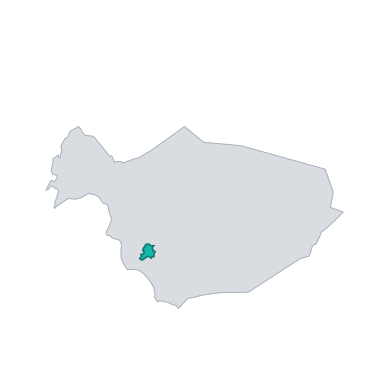 Damagaram Takaya, Zinder, Niger (highlighted), rotated 54°
{"feature_id": "23599985B91194911882215", "entity_name": "Damagaram Takaya", "entity_type": "district", "adm_level": 2, "iso_a3": "NER", "parent_name": "Niger", "parent_adm1": "Zinder", "projection": "equal_earth", "projection_center": [9.461, 14.063], "detail": "fine", "context": "in_parent", "style": "filled", "palette": "teal", "viewbox_px": 384, "rotation_deg": 54, "n_neighbors": 0, "source": "geoboundaries", "source_scale": "gbopen_adm2", "svg_char_len": 4102}
<svg xmlns="http://www.w3.org/2000/svg" viewBox="0 0 384 384"><g transform="rotate(54 192 192)"><path d="M278.1,271.4L275.3,271.5L273.7,272.1L271.7,274.1L269.5,274.9L266.8,276.7L265.1,278.1L263.5,279.3L261.3,282.0L260.5,284.1L258.3,284.5L255.2,284.2L253.2,282.1L248.6,279.9L245.7,279.0L244.3,278.7L237.3,278.3L229.9,279.2L226.1,280.2L225.4,280.4L223.2,281.8L221.5,283.2L216.6,290.0L210.2,289.7L206.5,289.0L203.3,287.9L198.7,284.8L193.2,280.0L191.0,279.3L189.1,279.0L188.5,279.0L181.8,283.8L180.5,283.7L179.0,284.2L177.9,285.4L177.2,286.0L176.4,286.1L175.3,285.9L174.3,285.1L173.3,283.8L170.5,278.5L170.0,277.5L168.8,276.0L166.9,273.5L165.5,272.4L164.7,272.1L163.8,272.3L158.4,270.2L153.1,267.9L151.9,268.2L151.1,268.7L149.3,270.3L147.1,270.6L144.3,270.5L142.8,270.3L140.4,270.8L138.7,271.5L136.6,272.6L133.8,275.6L133.0,276.0L132.4,276.5L131.4,284.9L130.6,287.4L129.2,290.7L126.4,293.9L124.5,295.8L124.4,298.4L124.2,302.6L124.2,305.5L124.3,307.4L124.0,308.3L123.8,309.2L123.9,310.4L124.4,311.0L124.6,311.8L124.4,312.4L123.5,313.1L122.6,311.2L121.3,309.9L119.9,309.3L119.0,308.3L118.5,307.0L116.7,304.4L112.6,299.2L112.1,299.0L111.5,298.8L110.3,299.5L109.5,300.3L109.0,300.6L108.2,300.7L106.2,301.3L104.6,302.2L104.6,302.9L105.3,306.8L104.9,309.0L104.2,307.9L102.0,304.0L100.4,301.0L100.1,300.4L99.9,299.4L100.1,298.9L100.7,298.6L102.2,298.2L102.4,297.9L102.5,297.1L102.3,295.6L101.5,293.6L100.7,292.2L100.2,292.0L99.4,291.9L98.4,292.1L96.6,293.8L95.8,294.1L94.0,293.9L92.4,293.6L91.4,292.8L88.5,289.5L85.2,286.0L83.9,285.5L83.5,285.2L83.4,282.5L83.5,279.3L83.6,278.5L85.0,279.0L86.4,279.2L86.9,278.6L85.8,277.5L84.1,276.3L83.5,274.6L83.1,274.0L82.3,273.4L81.5,273.0L80.6,272.6L80.0,272.0L79.0,271.8L78.0,271.4L76.6,268.6L75.2,265.9L74.4,263.7L74.1,262.4L74.6,260.2L74.1,259.3L72.6,257.1L71.3,255.0L71.6,251.8L72.0,249.1L72.0,247.4L72.2,246.4L72.4,245.4L73.3,245.0L75.5,245.1L79.9,245.6L83.5,245.0L83.6,244.9L86.2,242.0L89.0,239.0L93.1,238.7L97.5,238.4L101.1,238.2L106.2,238.0L110.3,237.8L115.1,237.6L115.2,236.2L115.5,235.8L116.0,235.8L119.5,236.5L122.8,237.3L123.1,234.6L126.0,231.4L127.7,230.7L128.1,230.1L128.6,229.0L128.9,227.3L129.1,226.1L129.7,225.1L130.2,223.3L130.8,220.0L132.5,216.6L133.4,212.0L133.6,207.6L133.8,204.2L134.3,203.5L134.4,197.5L134.4,191.5L134.5,186.4L134.5,180.0L134.6,174.5L134.6,168.5L134.6,163.1L134.7,159.5L138.0,158.7L141.4,157.8L146.5,156.5L151.9,155.1L157.8,153.6L159.2,152.7L163.7,147.5L165.7,145.2L169.8,140.6L172.9,137.0L176.8,132.5L181.0,127.9L184.3,124.3L189.5,120.2L197.4,114.0L205.2,107.8L213.0,101.6L220.8,95.5L228.6,89.3L236.3,83.2L244.1,77.0L251.8,70.9L259.6,73.2L267.1,75.4L274.6,77.7L276.4,78.9L280.4,83.3L285.5,88.9L285.7,89.0L286.0,89.0L290.8,85.7L297.1,81.4L298.9,93.0L300.3,103.0L300.5,109.4L300.6,111.1L301.1,112.2L302.3,113.4L307.2,122.6L306.2,124.3L306.9,127.1L308.2,128.4L312.2,133.9L312.7,135.0L312.5,135.9L309.9,142.4L309.4,144.0L309.0,152.3L308.7,158.2L308.2,166.3L307.7,176.0L307.3,184.2L306.7,195.0L306.2,205.3L302.2,210.9L295.2,221.0L289.5,229.1L286.6,234.6L281.0,245.3L278.5,252.3L276.6,255.9L275.6,257.4L276.5,262.5L278.1,271.4Z" fill="#d9dde1" stroke="#a8b0b8" stroke-width="1"/><path d="M210.2,266.2L211.3,266.1L211.8,265.4L212.2,266.0L212.3,266.4L213.2,266.4L213.4,266.9L213.5,267.8L213.0,268.6L212.7,269.5L212.4,269.8L212.7,270.3L214.1,270.4L214.4,270.7L214.5,271.0L214.5,271.8L214.9,272.3L215.0,273.4L215.5,273.4L215.7,273.2L216.7,273.2L217.9,272.1L218.0,271.6L217.9,268.7L218.0,268.2L218.1,267.1L218.0,266.7L217.9,266.2L218.4,265.1L218.5,264.9L219.0,264.7L220.1,264.4L221.6,264.0L221.6,263.7L221.1,262.7L221.5,262.1L221.7,261.0L221.8,260.6L221.1,260.6L219.9,258.9L219.7,258.9L219.2,258.1L218.8,256.8L218.0,257.0L216.8,258.0L216.6,258.2L215.9,257.3L214.9,257.6L214.6,257.6L213.8,256.5L213.4,256.2L213.1,255.5L213.0,254.5L212.5,255.1L212.1,255.9L211.5,256.7L210.9,256.9L209.5,257.3L208.8,257.4L208.1,258.3L207.7,259.4L207.3,259.9L207.4,260.8L208.2,262.0L208.4,262.0L208.6,262.3L208.6,263.3L208.5,263.6L208.5,263.8L208.8,264.1L209.1,264.6L209.8,265.0L209.9,265.9L210.2,266.2Z" fill="#14b8a6" stroke="#0f766e" stroke-width="1.5"/></g></svg>